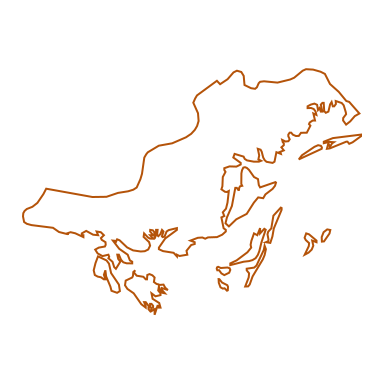 SVG path tracing the border of Quảng Ninh
{"feature_id": "VNM-429", "entity_name": "Quảng Ninh", "entity_type": "Province", "adm_level": 1, "iso_a3": "VNM", "parent_name": "Vietnam", "parent_adm1": "", "projection": "natural_earth1", "projection_center": [107.332, 21.181], "detail": "fine", "context": "isolated", "style": "outline", "palette": "amber", "viewbox_px": 384, "rotation_deg": 0, "n_neighbors": 0, "source": "natural_earth", "source_scale": "10m", "svg_char_len": 6077}
<svg xmlns="http://www.w3.org/2000/svg" viewBox="0 0 384 384"><path d="M216.9,80.8L220.1,84.2L227.6,79.2L233.5,72.4L236.9,70.7L241.3,72.0L243.7,75.9L244.5,85.0L251.1,88.2L255.1,88.8L256.9,87.3L258.7,83.2L260.1,81.8L264.0,81.3L277.5,82.6L290.2,79.5L294.2,77.7L302.7,70.7L306.0,69.2L313.1,69.6L320.5,71.7L324.9,73.9L330.0,84.0L338.8,91.9L346.3,101.0L349.2,101.9L359.4,113.5L354.8,116.1L350.2,121.4L346.1,124.6L343.1,120.5L343.2,118.0L346.1,114.2L345.8,112.3L343.7,105.3L341.7,103.0L335.7,101.0L335.9,104.0L334.2,106.3L332.8,106.3L331.6,102.0L330.1,104.4L328.4,111.6L325.8,112.8L324.2,111.1L323.7,102.9L322.4,102.9L320.8,104.6L322.4,111.6L320.8,111.6L319.5,108.1L318.0,110.0L317.1,104.8L314.4,103.6L310.8,104.6L307.6,106.3L307.6,108.1L311.1,108.0L313.7,109.0L315.5,111.3L316.4,114.9L313.4,113.5L315.0,120.5L312.7,120.5L309.7,122.5L309.0,124.1L310.4,125.7L306.8,132.7L301.0,132.8L298.8,135.9L295.9,136.0L292.9,134.7L291.2,132.7L289.6,132.7L288.3,134.6L288.3,136.2L289.7,139.3L288.4,141.2L285.5,141.5L282.2,139.9L282.8,142.3L283.8,143.2L283.8,145.2L281.4,147.3L283.8,150.4L279.3,152.2L280.5,152.6L280.9,153.9L276.4,152.2L274.5,161.7L272.6,162.9L266.5,161.8L264.7,160.2L263.2,157.5L261.7,151.7L260.6,149.7L257.8,148.8L259.2,155.4L258.4,159.4L261.1,160.8L258.8,161.7L254.0,161.7L247.0,160.4L244.7,158.9L243.6,156.6L234.6,153.9L233.3,157.5L240.7,162.9L240.7,164.5L236.4,166.6L229.5,166.4L224.3,168.2L224.3,169.9L225.5,171.9L222.8,177.0L222.4,186.3L221.4,189.3L225.0,191.8L226.9,192.0L228.8,191.0L227.5,202.6L226.0,208.7L222.8,212.3L224.3,216.0L221.4,217.4L223.6,228.2L225.8,229.9L225.8,231.5L222.2,234.7L217.0,237.1L208.0,237.4L205.2,238.7L202.4,237.5L197.8,237.8L190.4,240.6L194.7,242.2L194.7,244.0L191.2,245.0L186.5,250.8L187.3,254.7L179.5,256.0L176.9,254.7L176.9,256.4L173.6,252.8L163.0,251.1L158.9,249.2L158.9,247.6L165.2,238.5L176.9,229.9L176.9,228.1L168.7,230.1L166.6,231.5L164.6,236.5L162.7,237.1L161.9,236.3L163.5,231.5L162.0,229.9L160.3,234.2L158.3,236.2L157.1,235.0L157.6,229.9L156.1,229.9L156.0,235.1L154.6,238.7L154.3,232.1L152.8,230.3L150.2,229.9L150.1,231.5L153.1,235.2L150.1,235.2L153.1,238.7L150.0,238.6L148.0,237.5L144.1,233.4L143.6,236.9L149.1,242.1L150.1,245.7L148.2,249.5L144.8,251.2L140.7,251.5L133.1,250.4L127.1,247.4L119.6,240.3L117.1,239.3L115.8,242.2L115.0,240.8L112.9,240.6L119.2,248.8L127.7,254.7L129.9,260.4L132.2,261.7L132.2,263.4L126.6,263.3L123.3,262.3L121.0,259.7L118.9,254.7L117.3,254.7L118.2,258.9L120.3,261.7L115.9,268.8L114.2,267.1L112.5,261.8L108.4,258.2L109.2,256.8L108.4,254.7L102.5,256.1L97.6,253.4L95.2,249.6L98.8,247.6L104.9,246.5L105.7,244.8L105.5,242.2L101.7,239.8L100.9,238.1L103.9,235.2L100.8,232.2L96.6,231.5L98.1,235.2L93.1,234.7L86.2,230.9L81.8,233.4L81.8,235.2L83.4,235.2L83.4,237.1L75.3,233.3L70.6,232.2L67.0,233.4L68.8,234.0L67.3,234.1L59.0,232.0L53.0,227.8L31.5,225.1L26.8,223.8L24.1,222.0L23.0,216.4L23.3,213.2L24.6,210.9L26.8,209.0L32.4,206.8L37.4,202.9L43.4,194.1L46.2,188.7L92.4,197.0L106.5,196.8L118.0,192.9L128.1,191.3L133.3,189.7L136.7,187.5L140.4,179.2L142.0,173.8L144.3,157.6L146.2,154.3L147.8,152.3L158.8,145.7L172.2,143.3L186.0,137.3L191.2,133.8L194.8,129.9L197.1,126.0L198.6,121.0L198.0,113.2L193.3,102.7L195.2,98.4L197.0,95.4L216.9,80.8ZM260.1,187.4L275.4,182.1L276.0,182.6L275.0,185.8L272.6,188.9L265.4,194.4L263.2,198.2L258.2,197.4L253.9,202.6L246.7,213.9L236.3,219.3L228.9,226.4L225.5,223.3L226.9,217.5L231.9,206.0L235.3,187.9L236.8,187.9L238.3,190.0L239.0,189.9L239.2,187.7L240.2,186.2L242.2,185.8L241.3,184.0L241.4,173.4L242.0,170.3L243.3,167.6L245.0,167.2L246.8,167.9L249.0,169.9L254.0,177.0L258.0,179.1L258.8,185.0L260.1,187.4ZM162.0,290.0L164.9,293.3L162.4,292.8L160.8,291.1L158.9,286.5L158.2,290.5L160.5,293.3L160.5,295.1L155.5,296.3L151.5,293.3L152.6,298.8L159.2,303.0L160.5,307.6L158.9,307.6L158.9,305.8L157.5,305.8L154.6,314.8L154.6,309.2L151.5,311.1L151.5,309.2L150.1,311.1L148.5,309.2L148.5,307.6L153.1,307.6L153.1,305.8L151.5,303.9L150.1,303.9L150.1,305.8L148.5,305.8L145.7,302.1L144.1,302.1L145.7,305.8L145.7,307.6L141.3,304.2L133.7,293.3L127.4,288.9L125.0,285.3L125.7,280.6L132.2,277.5L133.0,275.8L133.3,272.0L135.3,270.3L133.7,272.2L136.7,275.7L143.4,276.8L145.7,279.3L147.0,279.3L147.3,275.0L149.5,274.1L152.4,275.3L154.6,277.5L153.9,282.0L156.5,283.9L160.0,284.9L163.5,284.6L165.3,287.8L167.9,290.0L162.0,288.1L162.0,290.0ZM109.0,263.7L111.1,273.1L118.9,284.6L119.9,291.1L117.1,292.8L111.5,290.8L110.4,286.6L106.1,276.3L105.4,270.3L103.9,274.8L105.4,279.3L103.8,279.3L101.0,277.3L97.7,276.6L94.8,275.0L93.7,270.3L95.5,263.1L98.0,256.4L106.5,260.4L109.0,263.7ZM260.1,233.4L264.3,228.8L265.7,229.7L261.5,242.2L259.3,251.2L257.8,255.0L255.6,258.2L252.5,260.1L249.0,261.1L243.7,261.7L230.3,265.1L230.3,263.4L236.6,260.4L247.4,252.3L251.2,247.6L250.6,244.8L251.4,240.8L254.0,233.4L257.3,235.2L260.1,228.1L260.1,233.4ZM332.9,138.1L361.0,134.6L361.0,136.2L352.6,142.3L349.2,143.8L347.5,141.7L346.2,141.7L329.8,148.4L326.9,148.8L328.4,143.2L329.9,146.9L332.1,143.3L333.8,142.2L329.3,141.9L323.8,143.2L323.8,141.7L332.9,138.1ZM256.5,265.5L263.8,249.9L264.6,245.7L265.9,249.2L264.6,255.1L262.8,259.4L252.6,276.4L249.7,284.5L248.1,286.4L245.2,286.5L248.7,277.4L249.1,273.3L246.7,270.3L246.7,268.7L254.2,267.6L256.5,265.5ZM273.4,215.7L280.8,207.6L281.6,208.0L281.6,209.8L273.8,228.5L272.4,236.5L270.3,242.9L265.9,242.2L268.2,241.2L268.5,239.6L267.5,234.3L268.2,231.7L271.3,228.4L273.4,215.7ZM306.2,233.4L309.0,234.3L316.5,240.6L316.5,242.2L312.2,240.6L313.3,245.7L311.7,249.6L308.6,252.6L304.7,254.7L308.8,246.1L309.1,243.1L305.8,240.1L304.6,237.8L306.2,233.4ZM320.9,145.8L321.9,147.4L321.7,148.8L298.8,159.4L301.9,155.3L314.5,146.8L318.1,145.2L320.9,145.8ZM227.5,267.5L229.7,268.3L230.3,269.9L229.2,272.7L224.3,275.1L221.4,273.4L219.1,270.2L217.3,270.3L216.7,268.7L217.0,267.4L218.1,266.8L220.8,268.0L227.5,267.5ZM323.6,232.2L327.2,229.4L330.3,230.0L329.5,233.5L324.0,241.4L321.9,241.6L321.7,237.1L323.6,232.2ZM222.0,282.5L227.3,285.2L228.0,286.8L227.8,290.3L227.0,290.7L224.6,288.3L222.8,288.6L220.5,287.3L218.8,282.8L218.6,279.1L219.4,279.2L222.0,282.5Z" fill="none" stroke="#b45309" stroke-width="2"/></svg>